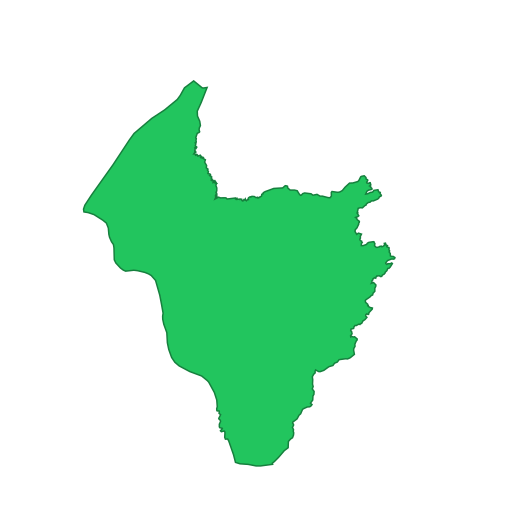 Nakay, Khammouan, Laos (Robinson projection), rotated 54°
{"feature_id": "54806243B86213796006306", "entity_name": "Nakay", "entity_type": "district", "adm_level": 2, "iso_a3": "LAO", "parent_name": "Laos", "parent_adm1": "Khammouan", "projection": "robinson", "projection_center": [105.229, 17.931], "detail": "fine", "context": "isolated", "style": "filled", "palette": "green", "viewbox_px": 512, "rotation_deg": 54, "n_neighbors": 0, "source": "geoboundaries", "source_scale": "gbopen_adm2", "svg_char_len": 6157}
<svg xmlns="http://www.w3.org/2000/svg" viewBox="0 0 512 512"><g transform="rotate(54 256 256)"><path d="M434.3,365.0L433.2,364.6L433.1,361.9L432.1,355.9L430.1,347.5L430.0,342.7L425.1,338.8L424.4,335.7L424.5,333.3L422.9,330.9L421.2,329.4L419.7,328.9L418.5,327.7L416.1,327.3L415.0,325.1L414.2,324.6L412.7,324.6L412.0,323.8L411.9,318.5L410.1,314.8L409.9,312.6L407.6,308.8L407.4,307.6L408.3,303.2L409.6,301.1L409.6,299.3L409.1,298.0L407.1,298.5L405.9,294.8L402.7,292.2L402.0,290.5L399.7,288.6L396.6,288.6L395.2,286.5L392.9,285.6L389.4,282.8L386.8,281.4L385.6,278.9L385.3,276.8L384.2,276.2L383.2,274.8L386.4,273.2L387.3,272.0L388.4,268.3L388.4,262.1L389.8,258.1L388.9,255.5L389.6,252.5L388.7,249.7L391.8,243.9L393.1,242.4L393.7,239.5L393.4,234.2L389.8,232.5L388.4,231.4L387.3,229.0L385.5,227.9L383.7,224.9L383.4,223.6L382.6,222.9L379.3,223.7L378.8,224.8L377.3,225.8L377.2,226.9L376.1,226.4L375.4,224.0L373.2,223.0L372.1,223.3L371.0,222.0L372.0,219.6L370.9,218.4L370.4,216.7L371.2,215.8L371.5,213.1L372.5,212.1L372.2,211.7L372.6,210.1L371.4,207.7L371.5,205.2L370.8,202.3L369.1,202.6L368.1,201.8L367.9,200.4L369.2,199.7L369.3,199.1L368.2,197.9L367.3,193.2L366.5,192.4L364.8,193.9L363.0,194.7L362.1,194.3L361.8,194.8L360.7,194.0L357.9,194.6L356.3,193.8L356.0,193.0L356.1,187.6L355.7,185.8L356.1,184.6L354.9,183.2L354.4,180.6L351.9,178.8L351.0,177.0L349.9,176.0L346.6,176.5L345.9,178.7L345.4,177.6L344.1,176.7L344.1,175.8L343.2,174.7L343.4,173.9L343.1,173.0L344.3,172.2L343.5,171.2L343.5,170.2L343.2,170.0L344.5,167.8L345.8,167.4L346.4,166.3L345.7,164.9L346.0,163.1L345.6,161.5L345.1,161.1L344.8,158.7L343.5,156.8L344.1,155.7L343.9,154.1L342.3,150.1L341.4,150.3L341.1,152.0L339.7,153.9L339.7,155.1L338.4,155.4L337.8,155.1L337.0,152.3L338.1,148.1L339.5,146.4L339.6,145.4L338.9,144.5L336.9,145.3L336.0,146.6L334.9,147.2L332.9,145.9L331.0,145.9L330.4,144.9L328.9,144.7L327.8,143.6L327.3,143.5L325.6,144.7L325.1,144.6L324.8,143.6L323.4,144.3L321.7,143.7L321.2,144.8L322.9,145.7L322.8,147.9L322.4,148.8L321.7,148.8L321.0,150.2L321.1,150.8L320.3,152.9L319.7,153.6L317.4,154.1L315.8,152.5L314.4,152.5L314.0,152.2L313.4,152.6L311.3,156.7L311.1,158.3L311.6,159.8L310.5,163.5L309.5,164.7L307.7,163.2L307.6,162.2L306.7,162.2L306.2,161.8L304.8,162.5L303.4,162.2L302.9,161.0L301.5,160.1L300.3,157.8L297.7,159.7L297.7,161.8L294.4,161.5L293.1,160.3L292.6,157.8L290.6,154.2L289.7,153.6L289.5,152.7L288.7,152.0L286.0,152.8L284.7,152.4L283.3,152.8L284.0,150.5L283.9,149.2L280.7,149.0L280.9,148.2L279.9,148.0L277.5,145.3L278.2,143.3L279.6,141.6L279.2,138.3L279.5,137.1L278.8,136.1L278.7,133.8L279.5,132.1L279.3,130.1L280.4,128.7L281.5,124.0L281.3,122.5L280.6,121.3L281.1,119.9L280.6,118.9L278.2,118.9L277.6,118.1L276.1,119.1L274.1,118.4L272.2,122.1L272.7,123.2L272.7,124.5L271.8,126.1L271.3,129.0L270.4,130.9L268.8,128.2L268.9,126.2L270.2,123.1L269.5,122.5L267.6,122.9L267.0,122.3L266.1,122.9L265.9,121.3L263.8,120.5L263.5,120.9L263.6,121.8L262.3,123.3L261.3,123.1L260.6,121.2L259.9,120.9L258.5,121.7L257.1,120.9L254.7,121.3L253.5,124.0L253.5,124.8L255.4,128.5L255.6,129.9L253.8,134.8L252.0,137.5L252.7,143.5L253.8,147.7L253.6,149.5L253.3,151.1L252.3,152.7L248.5,156.6L248.8,157.7L251.8,159.8L252.4,161.8L251.2,163.3L246.7,167.0L245.2,169.0L242.0,170.4L240.3,174.2L238.0,174.9L233.6,179.6L233.0,181.5L233.4,183.6L233.1,184.3L231.4,184.6L227.4,184.3L225.3,186.1L222.8,189.6L219.7,190.3L218.0,189.5L216.6,190.6L216.3,191.1L216.6,194.4L211.8,201.9L209.3,210.7L209.1,212.6L209.3,213.4L209.8,213.6L209.5,215.1L210.8,216.3L210.6,218.9L210.3,218.9L210.4,220.1L209.9,220.6L209.3,220.4L208.8,221.7L206.9,222.4L205.3,224.3L205.3,225.6L204.8,225.7L204.5,226.6L204.6,228.0L205.2,228.9L205.9,229.0L205.4,230.1L205.7,231.3L204.5,231.5L203.8,231.2L204.3,232.2L204.0,232.4L203.6,232.0L203.2,232.3L203.8,234.3L202.8,234.8L201.7,234.2L200.9,235.0L200.9,235.6L200.5,235.5L199.2,237.8L198.6,237.6L198.6,238.8L197.9,238.9L197.7,238.1L197.2,238.9L196.9,238.7L192.9,245.9L191.7,246.0L190.8,246.7L188.1,250.6L186.4,251.7L185.8,255.7L185.1,254.5L185.1,252.7L183.7,252.7L184.7,254.0L183.4,253.4L182.6,252.0L183.3,251.6L182.1,250.9L181.0,251.0L180.3,249.5L177.9,247.7L175.4,247.0L174.4,245.9L174.3,245.2L172.9,246.2L172.6,245.8L173.2,245.6L173.2,245.1L170.8,245.0L170.8,245.9L171.7,246.3L171.4,247.6L169.6,246.2L168.7,246.8L168.9,247.5L168.6,247.7L168.0,246.4L167.4,246.9L166.3,246.1L166.1,245.4L163.8,246.2L163.9,245.2L163.4,245.0L162.7,245.0L161.0,246.4L159.6,244.8L157.9,244.8L157.5,243.8L155.4,244.4L153.8,242.8L149.9,242.4L148.4,240.4L145.7,241.6L145.7,240.8L144.8,240.9L144.5,241.4L144.9,242.0L143.8,243.0L143.5,242.9L143.6,241.8L141.7,241.8L141.1,244.3L140.1,244.0L138.9,244.2L138.7,244.8L139.6,246.0L138.8,245.5L137.1,245.5L136.8,246.2L136.5,245.5L136.7,243.9L136.3,243.9L136.2,244.7L135.3,243.9L135.5,243.4L134.6,243.5L133.6,242.2L132.5,242.0L132.4,241.0L133.6,241.0L133.1,239.9L131.1,240.3L129.9,238.7L128.8,238.7L129.0,237.8L128.3,237.1L127.4,236.8L125.8,235.2L124.9,235.3L122.2,231.4L122.6,229.5L122.4,228.6L120.5,227.9L119.1,226.6L117.8,224.3L113.9,222.3L108.4,221.1L104.3,218.4L99.6,210.1L90.9,196.5L89.2,199.8L88.3,200.7L77.7,203.5L77.9,215.0L81.6,223.0L83.1,227.7L84.1,244.2L83.4,259.5L85.2,282.6L87.6,290.0L98.1,317.9L110.0,353.3L114.3,364.6L116.7,368.0L119.2,369.3L122.2,366.3L127.3,362.7L136.9,358.9L141.4,357.7L146.5,359.0L152.0,362.3L154.8,363.5L159.5,364.5L162.9,364.6L165.9,366.1L175.8,372.9L179.3,373.5L186.1,372.7L189.3,371.7L191.6,370.4L195.7,363.2L198.3,360.4L203.9,355.6L207.2,353.5L210.2,352.2L216.7,351.6L231.2,356.9L239.7,360.9L247.7,364.8L249.8,366.9L252.3,368.6L257.0,370.7L265.6,373.2L274.1,378.7L280.3,381.5L288.5,383.9L294.3,384.1L299.7,382.8L310.6,377.5L321.1,370.5L328.3,368.6L330.3,368.4L341.9,369.9L349.5,372.4L355.1,375.9L356.5,377.6L358.0,378.5L358.5,378.5L359.6,377.0L360.4,377.2L361.6,378.4L363.6,377.9L365.5,381.6L366.4,381.8L367.9,381.4L369.1,382.0L370.5,384.5L372.7,386.1L373.7,386.2L375.5,384.6L375.9,384.7L376.5,387.5L377.8,387.3L378.9,384.6L379.7,384.5L380.9,385.1L384.3,387.9L386.2,388.4L387.4,386.5L389.7,386.8L403.6,391.0L410.9,393.9L414.7,391.1L419.9,384.9L425.9,379.3L428.4,375.9L434.3,365.0Z" fill="#22c55e" stroke="#15803d" stroke-width="1.5"/></g></svg>